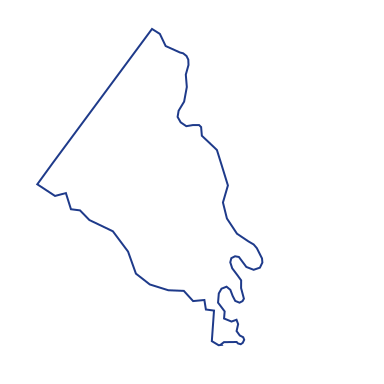 the district of Wabash, Illinois, United States of America, rotated 306°
{"feature_id": "52423323B24181813557828", "entity_name": "Wabash", "entity_type": "district", "adm_level": 2, "iso_a3": "USA", "parent_name": "United States of America", "parent_adm1": "Illinois", "projection": "robinson", "projection_center": [-87.865, 38.403], "detail": "fine", "context": "isolated", "style": "outline", "palette": "blue", "viewbox_px": 384, "rotation_deg": 306, "n_neighbors": 0, "source": "geoboundaries", "source_scale": "gbopen_adm2", "svg_char_len": 1202}
<svg xmlns="http://www.w3.org/2000/svg" viewBox="0 0 384 384"><g transform="rotate(306 192 192)"><path d="M133.9,62.3L107.3,62.3L108.3,83.5L117.0,90.6L106.9,104.2L111.3,112.2L109.0,125.5L113.7,151.1L106.2,175.3L93.0,194.6L92.4,212.2L98.6,230.6L107.2,243.5L104.4,257.0L111.9,265.5L105.1,272.3L109.0,279.5L83.0,295.7L83.7,303.6L85.7,305.8L85.9,305.1L89.3,306.1L96.9,316.3L96.5,318.2L97.5,320.9L99.8,321.7L103.1,321.1L104.6,318.8L104.0,315.0L105.7,309.8L112.2,307.0L114.8,303.1L110.4,300.1L108.5,292.3L114.6,288.6L117.8,278.1L125.7,273.3L131.1,272.7L135.7,275.6L135.4,280.5L131.8,286.0L129.3,291.0L130.4,295.5L133.4,297.0L136.2,296.7L143.1,288.2L149.4,283.7L151.4,277.6L153.9,269.4L157.6,264.3L161.6,262.7L165.3,264.6L167.0,268.1L163.3,280.0L165.3,287.6L170.7,291.4L176.3,290.4L179.4,287.7L184.7,277.4L185.8,272.7L185.2,266.6L184.7,252.9L191.1,235.8L201.7,223.2L218.4,217.2L231.3,200.0L240.6,187.5L241.2,183.3L243.3,166.9L249.9,161.2L250.3,158.4L246.7,153.4L241.9,148.7L241.7,141.9L244.3,136.2L249.9,133.4L260.5,132.5L273.9,126.1L283.3,118.0L292.7,114.5L296.9,111.2L298.8,107.6L299.0,103.3L297.8,100.3L294.6,84.9L301.0,73.1L300.4,63.8L133.9,62.3Z" fill="none" stroke="#1e3a8a" stroke-width="2"/></g></svg>